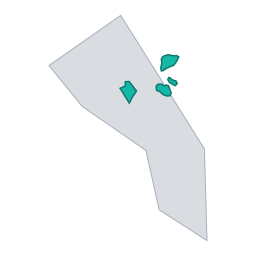 Mont Fleuri on a map of Seychelles (Mercator projection)
{"feature_id": "SYC-5215", "entity_name": "Mont Fleuri", "entity_type": "state/province", "adm_level": 1, "iso_a3": "SYC", "parent_name": "Seychelles", "parent_adm1": "", "projection": "mercator", "projection_center": [55.496, -4.623], "detail": "fine", "context": "in_parent", "style": "filled", "palette": "teal", "viewbox_px": 256, "rotation_deg": 0, "n_neighbors": 0, "source": "natural_earth", "source_scale": "10m", "svg_char_len": 796}
<svg xmlns="http://www.w3.org/2000/svg" viewBox="0 0 256 256"><path d="M204.4,148.8L207.0,240.6L159.2,209.9L145.9,150.5L82.1,106.3L49.0,65.5L120.7,15.4L204.4,148.8Z" fill="#d9dde1" stroke="#a8b0b8" stroke-width="1"/><path d="M162.4,57.1L163.9,56.0L168.2,54.7L172.8,55.7L176.9,55.7L178.7,56.8L176.9,60.9L173.7,65.3L167.2,67.9L163.1,70.6L161.3,70.9L160.8,68.0L161.8,62.8L161.3,59.3L162.4,57.1ZM125.3,81.7L129.2,81.5L136.5,91.0L131.9,97.9L129.3,103.1L120.1,88.3L125.3,86.1L125.3,81.7ZM166.0,85.0L168.5,85.8L171.2,92.9L170.2,95.7L167.0,96.0L163.0,94.5L160.1,91.8L156.5,90.3L156.2,86.0L158.2,84.1L161.7,84.2L164.2,86.0L166.0,85.0ZM168.6,77.6L170.1,77.9L172.5,80.0L175.9,80.9L177.2,83.4L175.4,85.7L172.8,84.5L169.5,82.4L167.8,79.7L168.6,77.6Z" fill="#14b8a6" stroke="#0f766e" stroke-width="1.5"/></svg>